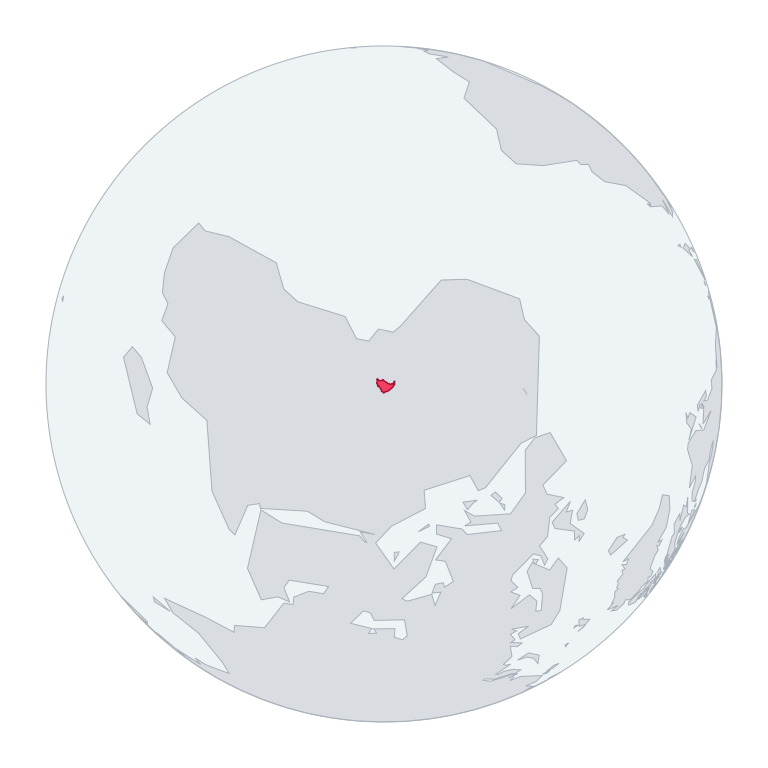 globe centered on Yobe, rotated 139°
{"feature_id": "NGA-2873", "entity_name": "Yobe", "entity_type": "State", "adm_level": 1, "iso_a3": "NGA", "parent_name": "Nigeria", "parent_adm1": "", "projection": "orthographic", "projection_center": [11.324, 11.986], "detail": "fine", "context": "on_globe", "style": "filled", "palette": "rose", "viewbox_px": 768, "rotation_deg": 139, "n_neighbors": 0, "source": "natural_earth", "source_scale": "10m", "svg_char_len": 9992}
<svg xmlns="http://www.w3.org/2000/svg" viewBox="0 0 768 768"><g transform="rotate(139 384 384)"><circle cx="384" cy="384" r="338" fill="#eef3f6" stroke="#a8b0b8"/><path d="M273.4,64.7L271.7,65.3L276.9,63.5L265.5,68.0L267.3,67.9L259.6,70.9L267.7,68.5L274.4,65.9L280.2,64.2L281.9,64.3L272.4,67.7L270.1,68.2L268.2,69.3L262.7,71.2L266.3,70.3L254.5,75.2L268.6,70.7L261.2,75.0L252.7,78.2L250.6,77.3L225.7,86.0L216.5,90.8L205.6,97.5L191.3,110.2L182.3,116.5L172.3,125.4L178.6,121.6L188.6,113.5L197.8,109.7L209.0,101.3L214.3,99.0L227.0,91.6L228.2,93.7L222.5,100.1L212.1,106.7L209.3,110.1L221.8,105.2L204.8,120.2L197.9,135.4L193.1,139.8L179.2,144.2L172.8,139.5L154.8,149.3L169.5,144.4L157.4,157.2L156.7,160.4L159.2,161.1L165.0,157.1L161.6,162.3L145.6,168.0L148.6,163.3L153.6,161.2L150.4,159.6L139.6,165.3L134.4,172.3L123.6,176.7L119.7,182.1L115.2,186.7L122.2,177.5L109.4,194.7L96.0,208.8L78.4,241.3L92.3,213.7L94.5,209.7L108.8,187.9L124.8,167.2L142.3,147.9L161.2,129.9L181.5,113.5L203.0,98.7L225.5,85.5L249.1,74.2L273.4,64.7ZM50.8,327.8L50.9,327.7L50.1,336.6L53.1,325.0L56.4,321.1L52.8,340.3L57.5,324.8L57.3,336.0L66.1,342.5L64.5,346.3L71.4,375.2L84.7,391.9L87.7,407.7L85.6,415.6L91.5,420.5L91.7,426.3L120.6,444.4L139.8,463.5L142.1,483.4L131.8,502.6L136.1,547.3L121.3,555.9L126.7,573.2L131.0,595.1L120.9,588.6L133.3,603.4L135.4,609.0L131.4,606.6L138.9,615.5L136.3,613.5L143.8,621.2L150.2,628.0L130.8,607.7L113.1,585.9L97.2,562.8L69.5,505.5L64.0,491.1L58.1,473.5L52.5,449.3L48.6,424.8L46.5,400.0L46.2,375.2L47.0,363.7L49.6,336.8L50.2,331.6L49.4,336.5L50.8,327.8ZM72.5,253.1L73.4,252.1L68.0,274.6L66.2,272.8L67.4,270.5L69.8,262.3L72.6,253.2L72.3,253.4L72.5,253.1ZM81.8,237.0L82.4,234.7L82.5,235.7L81.8,237.0ZM225.5,91.1L226.2,91.4L223.5,92.6L225.5,91.1ZM230.3,87.9L226.6,89.2L228.4,87.9L230.6,87.2L230.3,87.9ZM234.5,86.8L232.0,85.5L235.1,83.4L246.2,79.0L234.5,86.8ZM275.8,65.1L268.7,67.9L273.1,65.7L275.8,65.1ZM291.5,59.0L289.6,59.6L299.3,56.9L303.4,55.8L306.0,55.4L299.3,57.3L291.4,59.4L298.6,57.7L277.2,64.2L281.6,62.0L291.5,59.0ZM282.9,63.4L282.9,62.9L292.7,59.8L294.5,60.3L290.7,61.1L282.9,63.4ZM316.6,52.9L317.2,52.8L320.7,52.1L307.1,55.1L305.9,55.2L316.6,52.9ZM289.4,61.8L295.1,60.8L292.0,62.5L283.6,63.8L289.4,61.8ZM294.5,59.0L299.3,57.7L297.2,58.5L294.5,59.0ZM284.3,69.1L284.1,67.8L289.2,66.0L284.3,69.1ZM297.5,60.4L298.5,59.8L300.5,59.1L303.5,58.9L297.5,60.4ZM311.2,54.5L311.5,54.7L317.0,53.1L320.7,52.8L310.9,55.1L316.6,54.0L317.8,54.0L308.5,56.0L311.2,54.5ZM312.6,56.9L301.4,60.6L300.7,62.9L296.1,64.5L298.1,60.6L312.6,56.9ZM311.0,56.1L311.0,56.8L305.3,58.0L301.9,58.3L311.0,56.1ZM326.7,52.0L323.6,51.8L325.9,51.4L326.7,52.0ZM313.5,57.2L316.2,56.4L314.1,57.2L313.5,57.2ZM323.9,53.1L322.5,53.0L325.1,52.5L323.9,53.1ZM322.7,55.0L319.1,56.1L316.6,56.1L322.7,55.0ZM324.1,53.9L328.0,53.3L317.9,55.5L323.1,53.9L324.1,53.9ZM326.5,52.7L327.6,52.3L326.8,52.8L326.5,52.7ZM334.1,54.8L322.0,57.5L316.5,57.4L329.1,54.6L334.1,54.8ZM184.9,657.0L184.8,656.4L187.7,658.5L188.5,659.4L184.9,657.0ZM715.5,318.6L712.6,308.8L717.3,333.5L720.0,348.5L721.6,368.8L721.5,368.0L719.7,348.3L718.3,342.8L714.9,321.5L706.4,292.6L706.3,301.1L702.6,288.8L690.9,267.2L688.6,279.1L687.4,317.6L693.4,349.8L690.2,366.2L671.4,324.4L660.1,295.0L655.1,299.8L634.1,278.4L603.2,284.3L597.3,277.2L591.8,282.3L576.8,276.9L567.1,265.3L558.7,267.6L584.3,298.2L593.1,296.0L598.2,281.5L603.8,293.1L618.1,301.6L608.0,334.4L559.5,369.7L552.2,346.0L502.0,285.4L502.1,278.0L501.7,277.2L501.0,275.8L499.0,288.0L489.5,276.3L519.1,318.9L525.2,338.2L558.9,371.2L556.3,375.4L566.4,381.8L595.5,367.9L596.2,376.0L584.1,416.0L541.5,472.8L545.7,506.0L540.2,534.8L510.6,556.5L510.1,577.5L494.3,586.4L491.3,598.3L476.9,611.8L454.0,625.0L418.3,627.1L418.5,616.8L404.4,596.9L385.8,546.1L397.3,521.5L395.1,502.6L369.1,460.5L375.0,436.3L367.4,426.4L352.1,429.1L343.1,417.1L333.6,416.9L272.6,424.9L252.7,408.6L225.8,359.3L235.8,340.4L235.4,318.1L302.7,245.2L319.5,249.4L375.5,239.2L382.9,241.7L379.2,258.5L423.4,277.5L434.4,262.8L471.6,271.8L494.6,269.5L497.9,237.8L460.2,240.7L450.8,226.3L478.8,211.0L511.4,210.2L508.8,204.7L485.9,193.9L490.9,183.3L477.7,189.6L484.8,194.7L476.7,199.2L469.6,195.0L471.7,191.0L461.2,189.4L454.0,209.9L460.5,217.4L434.5,222.9L442.9,236.3L436.7,243.2L420.3,223.4L420.0,215.9L391.5,196.2L389.4,204.4L416.2,224.0L408.9,222.7L406.2,235.7L402.4,224.9L373.7,203.0L348.7,209.0L320.9,241.3L305.4,244.4L290.5,238.4L296.6,206.4L330.5,203.5L333.1,193.7L322.8,180.3L334.0,181.1L334.0,175.7L346.4,174.6L360.6,161.6L372.8,159.8L375.1,144.5L381.7,142.0L378.4,151.4L382.7,157.8L412.5,155.5L417.3,152.1L416.4,142.7L424.7,143.9L420.0,135.3L435.6,131.0L412.7,129.5L411.0,120.1L418.6,112.8L413.9,109.9L401.6,122.1L400.4,127.4L405.9,132.2L399.0,148.6L389.4,151.9L381.1,134.9L366.6,138.3L366.5,125.0L399.9,97.7L415.6,92.8L448.3,102.1L446.5,107.4L433.9,106.4L448.6,115.2L445.9,110.6L452.8,112.2L453.0,105.0L457.9,105.8L449.7,98.0L455.7,98.3L460.8,103.2L466.2,94.4L477.8,94.1L476.7,91.8L472.2,89.5L490.0,91.5L488.3,89.8L481.9,88.4L474.4,84.4L468.2,78.5L474.7,79.5L477.8,81.7L494.1,88.6L501.5,95.4L503.5,95.3L498.7,89.8L478.7,81.2L473.1,77.5L483.0,80.7L479.0,79.2L478.2,77.8L483.6,77.5L472.9,73.8L455.9,60.2L464.6,59.7L475.2,63.3L470.2,58.4L480.3,60.3L474.4,58.7L467.9,56.7L464.6,55.9L461.3,55.1L458.1,54.3L481.7,60.5L504.8,68.4L527.2,77.9L548.9,89.0L569.7,101.7L589.6,115.8L608.4,131.4L626.1,148.2L642.4,166.3L657.5,185.5L671.1,205.7L683.2,226.9L693.7,248.9L702.7,271.5L709.9,294.8L715.5,318.6ZM282.8,282.3L281.7,288.9L281.7,289.0L282.8,282.3ZM548.4,226.3L566.2,225.3L553.6,207.4L559.4,205.9L553.0,200.7L552.6,206.1L536.3,192.2L542.3,186.1L537.8,178.7L531.6,178.8L523.2,192.6L546.5,212.0L544.4,220.2L548.4,226.3ZM66.5,342.4L67.1,347.0L65.4,346.0L66.5,342.4ZM63.5,279.9L63.5,281.7L62.7,285.4L62.2,285.2L63.5,279.9ZM70.1,292.4L71.4,295.7L69.0,295.4L70.1,292.4ZM67.7,277.7L69.0,290.5L64.5,292.5L64.1,284.9L65.8,285.5L67.7,277.7ZM76.7,246.8L76.2,249.0L74.6,252.1L76.7,246.8ZM82.0,237.9L81.7,237.8L83.1,234.7L82.0,237.9ZM158.4,156.8L159.5,156.5L160.9,158.3L158.0,159.6L158.4,156.8ZM181.0,155.9L174.8,164.4L177.2,158.8L171.8,161.7L170.1,154.3L190.6,141.7L181.6,148.4L181.0,155.9ZM173.5,142.2L172.3,147.5L172.8,142.3L173.5,142.2ZM321.4,150.8L326.7,153.6L323.5,159.6L308.1,164.6L312.6,155.6L321.4,150.8ZM335.0,156.6L331.0,140.0L340.5,137.1L335.9,141.4L342.5,141.2L336.8,148.1L349.7,162.8L347.8,169.3L320.3,173.2L330.4,167.9L324.6,165.0L335.0,156.6ZM304.3,111.3L302.7,106.5L325.2,106.2L324.1,110.9L308.6,115.3L300.9,112.5L304.3,111.3ZM254.6,80.4L252.6,80.3L255.2,79.1L259.1,78.2L254.6,80.4ZM283.8,68.6L266.4,80.1L263.2,80.4L256.9,88.0L245.9,92.0L250.3,86.6L237.2,96.1L236.7,92.9L228.8,99.5L239.8,87.2L238.9,85.5L244.1,85.7L254.2,81.9L258.3,79.8L269.4,72.9L272.4,68.5L283.0,64.9L289.6,63.6L290.5,64.1L283.4,66.1L289.6,65.4L280.0,68.7L283.8,68.6ZM361.2,63.6L352.6,63.4L363.6,67.0L354.0,68.5L355.9,68.9L350.0,71.5L346.2,75.7L341.4,76.0L342.0,77.6L338.1,79.7L337.3,82.1L328.5,83.9L326.7,87.2L323.5,86.3L322.9,91.6L319.4,88.5L314.1,91.7L320.3,93.0L274.7,101.6L258.3,109.2L246.5,117.7L242.1,112.6L250.3,102.0L265.0,90.7L281.4,84.8L276.4,84.1L282.8,81.3L284.1,83.0L286.0,78.8L291.6,77.1L304.6,70.0L303.9,66.2L308.6,63.9L311.7,64.6L314.3,62.0L323.4,62.0L327.0,60.6L339.6,59.7L343.4,62.7L347.2,60.9L356.9,60.8L361.2,63.6ZM337.6,54.5L344.4,56.6L342.5,58.8L321.4,59.6L316.9,60.9L303.3,62.5L306.4,59.5L310.0,59.2L314.2,58.3L311.5,59.6L316.8,57.9L321.9,57.7L327.4,56.5L328.1,57.4L337.6,54.5ZM389.8,235.1L395.2,235.6L403.4,234.4L401.9,243.0L389.8,235.1ZM369.9,220.3L374.6,219.0L376.4,229.6L370.8,229.5L369.9,220.3ZM375.7,209.8L374.7,218.1L371.9,213.6L375.7,209.8ZM382.6,150.1L387.4,148.7L388.5,150.9L386.6,154.3L382.6,150.1ZM391.8,78.1L387.1,76.8L388.2,75.9L383.1,71.4L389.8,70.5L395.5,72.8L391.8,78.1ZM492.4,243.6L486.7,250.1L482.8,247.5L485.5,245.8L492.4,243.6ZM442.8,246.7L454.9,249.9L442.3,249.1L442.8,246.7ZM398.2,76.3L395.3,74.5L400.5,75.2L398.2,76.3ZM394.4,69.7L400.2,70.1L390.0,69.9L394.4,69.7ZM572.6,656.9L571.2,659.5L567.9,660.8L572.6,656.9ZM589.9,523.3L563.1,575.0L549.5,577.2L549.6,563.3L561.3,532.7L578.0,522.0L586.9,507.1L589.9,523.3ZM721.7,396.6L718.5,359.8L719.7,358.5L721.7,373.0L721.7,396.6ZM694.5,352.6L700.1,370.2L697.8,374.6L694.5,352.6ZM451.3,72.1L451.0,78.7L455.2,84.2L464.5,88.0L451.3,86.2L444.8,77.5L451.3,72.1ZM454.7,61.2L446.5,59.0L450.0,58.9L452.3,59.4L454.7,61.2ZM449.8,60.6L439.8,60.2L435.2,58.3L443.9,58.9L449.8,60.6ZM419.2,66.5L418.7,68.3L414.5,67.5L419.2,66.5ZM459.6,54.8L455.2,53.7L456.2,53.9L459.6,54.8ZM443.4,51.4L445.4,51.8L440.6,50.9L443.4,51.4ZM450.2,53.3L444.8,51.8L453.9,53.9L450.2,53.3Z" fill="#d9dde1" stroke="#a8b0b8" stroke-width="1"/><path d="M380.8,375.8L381.9,375.9L384.7,375.9L386.4,376.3L387.0,376.6L387.8,377.1L388.1,377.3L388.6,377.4L388.8,377.4L389.0,377.3L389.3,377.4L389.4,377.5L389.5,377.5L389.6,377.4L389.7,377.5L389.8,377.5L390.1,377.5L390.0,378.7L390.1,379.1L390.3,379.3L390.6,379.6L390.7,379.9L390.5,380.3L390.3,380.7L389.7,381.3L389.8,382.1L389.5,384.1L389.7,384.7L389.6,385.0L389.3,385.7L389.3,385.9L389.6,385.9L389.8,386.0L390.0,386.2L390.1,386.4L390.1,386.6L389.6,387.3L389.3,387.8L389.2,387.9L389.1,388.1L389.0,388.6L389.1,389.1L388.9,389.5L388.5,389.8L387.2,390.3L386.8,390.7L386.7,391.1L386.8,391.6L386.7,391.8L386.6,392.0L386.4,392.1L386.2,392.2L385.6,392.2L385.5,391.6L385.5,390.2L385.4,389.9L384.8,389.3L384.5,388.9L384.2,388.5L383.8,388.3L383.0,387.9L382.2,388.1L381.9,388.0L381.8,387.8L382.0,386.9L381.9,386.4L381.3,384.7L381.1,383.8L381.1,383.3L381.0,383.1L380.9,382.9L380.8,382.7L380.8,382.2L380.7,381.8L380.6,381.5L380.3,381.2L379.9,381.0L379.8,380.6L379.7,379.7L379.5,379.4L379.3,379.2L379.1,379.2L378.9,379.2L378.7,379.1L378.1,379.2L377.9,379.1L377.7,378.4L377.5,378.2L377.3,378.1L377.0,378.2L376.5,378.4L376.2,378.5L375.8,378.6L375.7,378.7L375.7,378.9L375.6,379.0L375.1,379.2L374.5,379.0L374.4,379.0L375.4,377.8L375.5,377.6L375.8,377.6L375.8,377.4L375.9,377.2L376.0,377.1L377.1,376.5L377.3,376.4L380.1,375.8L380.3,375.8L380.8,375.8Z" fill="#f43f5e" stroke="#9f1239" stroke-width="1.5"/></g></svg>